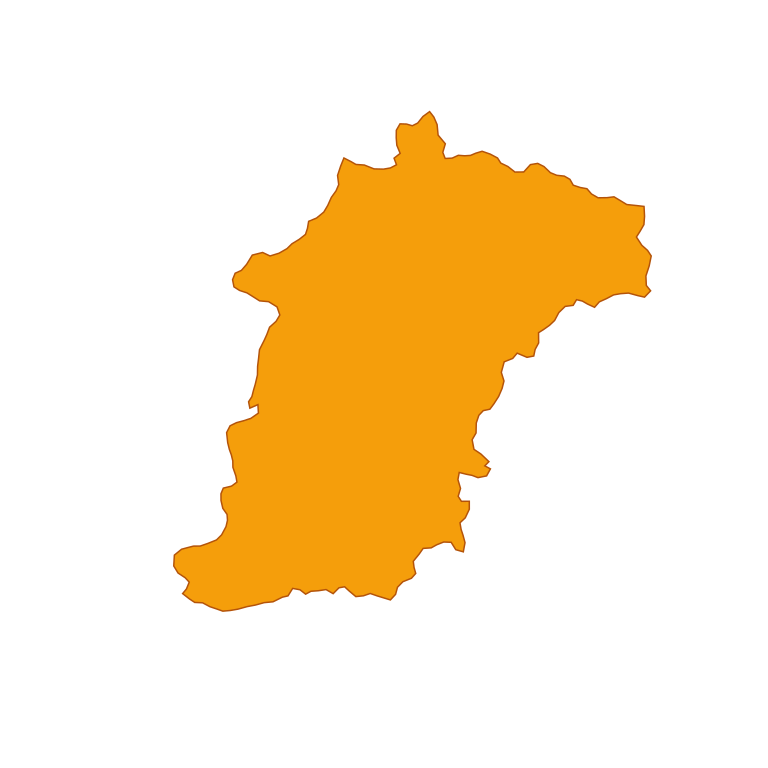 Leandro Ferreira, Minas Gerais, Brazil (Albers equal-area conic projection), rotated 210°
{"feature_id": "56859067B40607892676374", "entity_name": "Leandro Ferreira", "entity_type": "district", "adm_level": 2, "iso_a3": "BRA", "parent_name": "Brazil", "parent_adm1": "Minas Gerais", "projection": "albers", "projection_center": [-45.043, -19.668], "detail": "fine", "context": "isolated", "style": "filled", "palette": "amber", "viewbox_px": 768, "rotation_deg": 210, "n_neighbors": 0, "source": "geoboundaries", "source_scale": "gbopen_adm2", "svg_char_len": 3147}
<svg xmlns="http://www.w3.org/2000/svg" viewBox="0 0 768 768"><g transform="rotate(210 384 384)"><path d="M247.6,667.8L254.1,665.0L263.5,660.8L271.4,661.0L278.4,661.1L284.0,656.9L291.7,652.3L299.3,652.3L305.9,654.6L312.3,652.3L319.5,650.8L325.3,654.2L331.8,654.2L338.8,651.1L345.6,650.2L354.2,652.3L361.2,651.9L366.9,647.2L369.0,637.5L376.6,633.0L385.5,634.3L393.3,633.7L398.7,636.5L407.0,636.2L415.4,634.6L420.0,629.7L423.4,625.2L428.2,622.0L434.0,619.2L437.9,613.7L443.8,609.9L448.9,614.0L451.0,622.7L461.6,626.6L467.7,635.2L474.3,640.1L480.7,642.7L484.0,635.2L485.3,626.8L488.6,621.8L494.4,620.4L500.2,617.3L500.2,609.9L496.5,603.3L492.3,597.2L485.3,591.8L488.2,584.6L482.8,580.1L486.5,574.3L491.9,569.8L500.2,565.3L510.5,563.8L518.1,560.1L523.8,560.1L531.7,559.7L530.5,551.1L528.5,541.4L522.9,534.0L522.1,527.3L522.9,519.3L522.0,510.5L522.1,502.8L525.4,494.0L530.6,487.2L528.1,480.5L526.8,474.3L529.7,467.0L533.8,459.5L535.7,452.7L540.3,444.8L546.7,437.9L554.9,437.2L562.5,429.8L562.8,418.9L564.3,411.1L568.3,405.5L567.3,398.6L562.5,393.1L555.9,392.8L548.2,394.4L540.2,394.1L533.3,393.8L525.1,397.6L515.2,397.3L508.7,391.7L508.8,384.3L511.5,376.0L510.2,368.2L509.6,362.1L509.0,351.5L505.4,343.4L502.3,336.1L498.1,328.5L495.3,319.2L493.9,313.4L492.1,307.0L492.4,300.9L488.1,296.0L482.9,303.1L478.2,296.0L482.1,287.7L487.3,281.9L492.4,276.8L496.4,270.9L496.0,263.2L490.0,255.0L485.2,250.0L480.8,246.3L476.5,241.8L473.2,236.3L466.3,230.3L462.3,225.5L465.0,219.3L471.1,213.5L470.3,207.4L466.9,201.6L461.4,195.7L454.7,192.6L451.4,187.7L449.5,181.5L449.2,172.2L451.1,165.2L456.9,157.8L462.1,151.8L468.0,148.3L472.6,143.8L476.7,139.7L480.0,131.0L475.1,121.3L467.8,117.3L459.3,116.8L453.6,115.0L452.6,107.7L453.6,101.8L445.1,100.6L438.7,100.2L431.7,103.8L423.4,104.1L416.5,105.5L410.0,106.7L404.0,110.9L397.9,116.0L391.2,122.8L384.8,128.3L378.5,134.7L371.2,139.9L365.4,148.6L361.2,152.5L360.9,161.3L353.9,163.8L346.8,162.8L343.6,168.0L337.4,172.2L331.4,177.0L323.2,177.0L321.1,185.0L316.7,188.7L311.0,187.4L302.1,185.8L295.9,190.3L291.2,195.7L283.9,197.1L277.0,198.7L270.5,200.2L268.8,207.6L270.7,214.7L268.8,222.2L263.1,229.5L261.8,235.8L266.3,240.2L270.0,245.1L268.5,254.4L267.9,261.2L261.2,265.7L257.9,271.2L253.3,277.0L246.7,280.5L239.0,276.4L231.4,278.3L234.5,287.1L239.9,292.5L244.5,296.6L248.8,301.8L246.7,308.7L247.5,318.2L251.5,325.1L258.3,321.1L263.6,323.8L265.5,331.8L272.2,338.2L274.6,345.0L267.6,347.0L262.1,348.9L255.8,349.9L249.2,355.7L249.4,363.7L255.8,363.5L254.3,369.2L264.9,371.8L273.4,372.4L279.8,379.8L279.8,387.6L284.6,396.4L286.2,404.3L284.7,410.6L279.7,415.1L278.9,421.8L278.5,430.6L279.5,439.2L281.6,446.6L288.2,452.7L291.0,463.3L285.3,470.5L284.1,477.3L273.5,478.6L268.3,483.1L270.4,489.5L270.6,496.9L275.8,505.7L272.8,511.5L270.0,517.6L268.0,524.3L268.3,533.3L265.9,541.8L259.5,546.7L259.4,553.3L253.7,555.0L247.9,555.0L240.0,555.7L238.6,562.8L234.0,569.2L229.7,576.0L224.3,580.5L217.7,585.0L208.2,587.5L201.8,589.5L199.7,598.0L206.1,600.5L211.2,608.5L213.4,618.9L216.6,628.5L222.6,631.5L230.0,633.0L238.9,637.5L238.6,644.3L238.6,652.0L242.2,659.5L247.6,667.8Z" fill="#f59e0b" stroke="#b45309" stroke-width="1.5"/></g></svg>